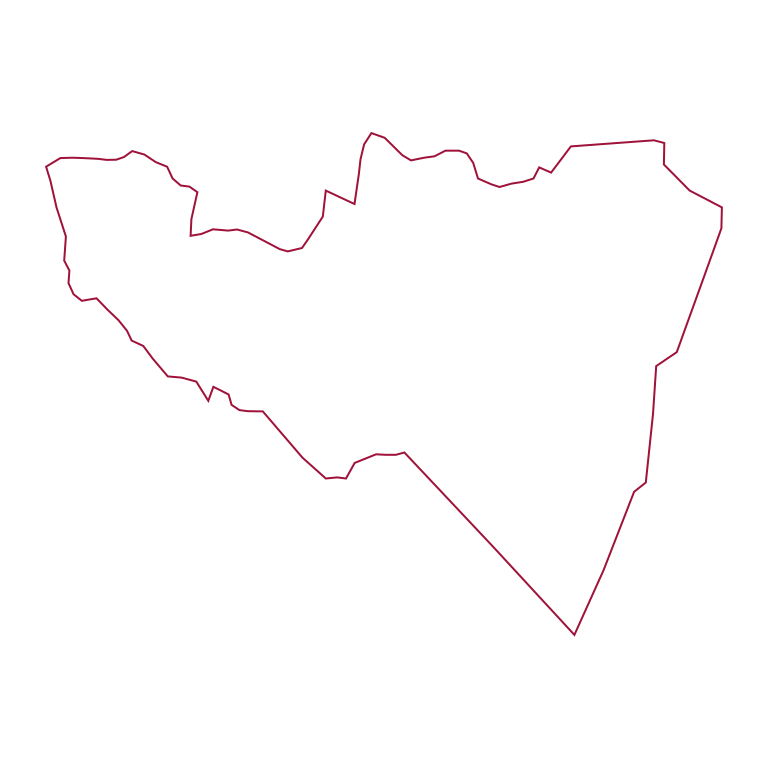 Monte Alegre, Rio Grande do Norte, Brazil (Equal Earth projection)
{"feature_id": "56859067B80124012562494", "entity_name": "Monte Alegre", "entity_type": "district", "adm_level": 2, "iso_a3": "BRA", "parent_name": "Brazil", "parent_adm1": "Rio Grande do Norte", "projection": "equal_earth", "projection_center": [-35.442, -6.114], "detail": "fine", "context": "isolated", "style": "outline", "palette": "rose", "viewbox_px": 768, "rotation_deg": 0, "n_neighbors": 0, "source": "geoboundaries", "source_scale": "gbopen_adm2", "svg_char_len": 1361}
<svg xmlns="http://www.w3.org/2000/svg" viewBox="0 0 768 768"><path d="M574.4,634.9L603.6,570.1L634.1,491.8L645.8,482.5L653.0,414.1L656.2,366.1L676.8,352.1L685.9,326.8L703.3,278.7L721.4,228.3L721.9,207.4L689.7,190.6L663.9,164.5L664.3,143.0L653.9,140.3L570.9,146.4L551.1,172.6L539.2,167.4L533.5,178.5L523.1,181.8L511.6,183.6L499.5,187.0L491.3,184.3L478.0,178.5L473.2,162.9L466.8,153.4L459.1,150.7L445.4,150.7L434.5,156.3L424.2,157.7L411.0,160.4L402.3,155.2L384.7,137.8L371.4,133.1L364.1,144.4L360.5,159.3L358.9,173.7L354.5,204.0L341.8,198.1L325.8,190.6L322.8,216.6L308.1,239.2L302.0,248.0L287.8,251.4L279.7,249.1L247.9,232.4L237.0,229.5L228.1,230.6L213.0,229.3L201.3,234.0L190.6,235.8L191.4,219.1L197.4,192.2L189.4,186.6L180.7,185.5L172.6,178.5L167.1,166.7L155.9,162.2L144.3,154.5L132.2,151.1L124.0,157.0L116.3,159.7L106.8,159.9L97.7,158.8L83.6,158.1L72.4,157.7L60.3,158.1L46.1,166.7L50.4,180.7L56.5,207.4L65.9,236.5L64.2,260.6L69.4,270.6L68.5,283.2L73.6,294.3L81.8,300.8L96.5,298.3L107.6,309.8L118.5,320.2L127.0,330.8L131.7,340.6L143.3,346.0L152.7,358.6L167.8,376.4L181.5,377.6L196.3,381.6L208.3,400.8L213.4,386.8L228.6,394.5L231.6,404.9L239.4,410.1L247.9,411.2L262.8,411.4L302.5,457.7L325.8,478.5L337.2,477.4L346.0,478.5L354.7,462.9L376.1,454.3L385.5,454.8L395.9,454.8L404.4,452.5L493.9,547.6L574.4,634.9Z" fill="none" stroke="#9f1239" stroke-width="2"/></svg>